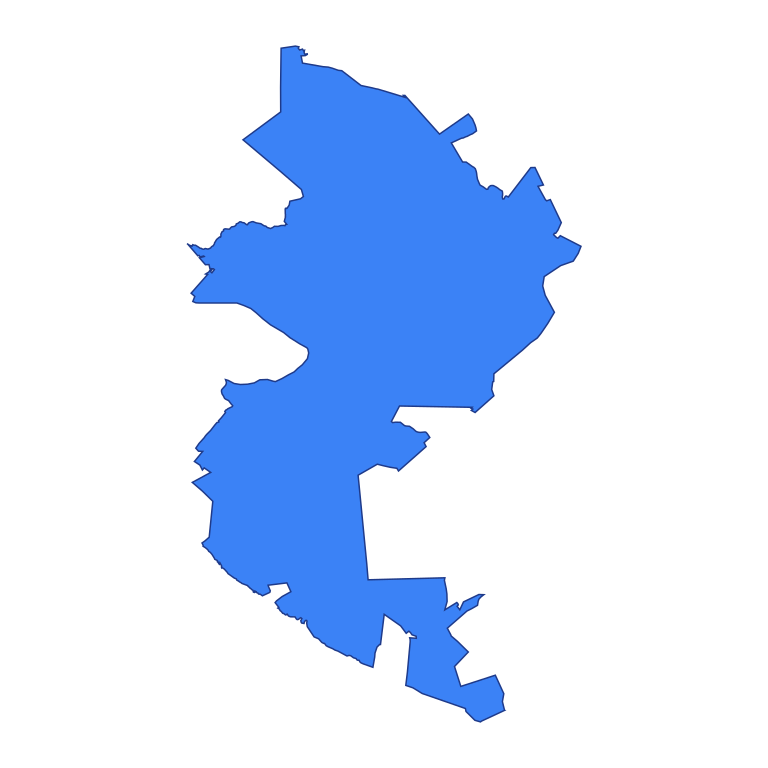 outline of Tzimol, Chiapas, Mexico
{"feature_id": "50627088B1197816312521", "entity_name": "Tzimol", "entity_type": "district", "adm_level": 2, "iso_a3": "MEX", "parent_name": "Mexico", "parent_adm1": "Chiapas", "projection": "albers", "projection_center": [-92.266, 16.109], "detail": "fine", "context": "isolated", "style": "filled", "palette": "blue", "viewbox_px": 768, "rotation_deg": 0, "n_neighbors": 0, "source": "geoboundaries", "source_scale": "gbopen_adm2", "svg_char_len": 6103}
<svg xmlns="http://www.w3.org/2000/svg" viewBox="0 0 768 768"><path d="M446.2,588.8L444.4,580.3L444.9,577.8L368.1,579.8L366.8,564.3L358.1,475.2L377.3,464.2L383.2,465.7L390.3,467.3L396.9,468.3L398.5,471.0L426.1,446.6L424.1,442.7L429.8,437.5L427.3,433.7L426.0,432.3L425.1,432.0L420.5,432.4L418.8,432.3L417.2,431.9L415.9,431.3L413.2,428.8L409.5,426.3L405.8,426.0L404.5,425.6L400.4,422.3L395.5,422.2L392.6,422.6L391.4,421.5L399.5,406.0L472.0,407.3L471.0,408.2L472.8,409.1L471.3,410.4L475.1,412.5L493.9,395.8L491.7,389.5L492.7,381.9L493.7,381.5L493.9,373.8L522.5,350.1L530.6,342.7L537.3,338.0L541.1,333.2L547.8,323.4L554.4,312.3L545.2,295.3L542.7,286.0L544.2,276.6L560.7,265.6L573.3,261.1L578.2,253.4L581.0,246.3L560.3,235.7L558.0,238.1L557.5,238.1L556.4,237.4L553.6,234.7L554.4,233.3L555.7,233.3L557.9,230.2L561.3,222.6L550.3,199.6L546.7,200.8L545.4,199.7L538.0,186.3L543.4,185.0L535.0,167.5L530.8,167.6L508.3,197.0L506.6,196.1L505.9,196.0L505.2,196.5L504.0,198.9L502.8,199.0L502.4,197.9L502.3,196.3L502.6,195.4L502.6,193.1L502.3,191.1L499.7,189.6L498.0,188.2L496.0,186.9L493.4,185.6L492.0,185.5L490.5,185.7L489.0,186.9L488.3,187.8L487.8,189.2L486.5,189.3L483.1,186.8L480.2,185.2L479.5,184.0L477.5,179.3L476.9,175.9L476.6,173.2L476.2,171.3L475.3,168.7L473.7,167.2L472.6,166.7L466.2,162.1L462.6,162.0L451.3,142.9L461.5,138.2L463.2,138.0L465.9,136.7L466.9,136.5L470.5,134.6L472.5,133.8L476.5,130.9L475.9,127.8L475.1,125.1L472.5,119.0L468.3,114.0L439.5,134.1L404.9,95.4L403.4,95.4L404.9,97.3L377.8,89.1L376.3,88.9L371.9,87.8L361.0,85.5L341.8,70.7L338.3,70.3L332.3,68.2L328.2,67.1L323.1,66.7L302.5,63.1L301.1,55.9L305.3,55.6L307.3,54.4L307.2,53.8L305.0,54.2L304.6,53.9L304.1,52.4L304.5,50.3L303.5,50.7L302.5,49.1L299.7,50.0L298.3,48.3L298.9,46.8L295.4,46.1L281.1,48.2L280.6,87.4L280.7,111.9L243.0,139.8L279.6,170.7L301.4,189.5L303.4,196.5L300.5,198.8L289.9,201.2L289.2,205.0L289.0,205.4L287.0,208.3L286.6,208.5L286.3,208.2L285.5,208.3L285.2,209.1L285.3,214.2L285.5,214.6L285.3,216.4L285.5,216.8L284.3,221.4L286.7,224.3L285.7,224.5L284.9,225.7L284.4,225.4L281.0,225.5L278.1,226.4L274.4,226.3L272.8,227.5L270.6,228.5L267.3,227.5L265.8,226.1L264.4,225.9L263.3,225.3L260.9,223.7L256.3,222.9L253.0,221.6L251.5,221.8L248.9,222.8L248.1,223.6L247.5,224.7L246.5,224.6L244.1,222.8L242.2,222.5L241.1,221.9L239.8,221.8L237.9,223.3L236.3,223.9L235.9,225.3L234.4,226.4L231.6,226.9L230.3,228.1L229.7,229.0L229.2,229.2L225.0,228.8L223.6,229.5L223.6,230.8L222.0,231.8L220.9,234.1L220.9,236.0L220.7,236.9L220.3,237.2L219.9,236.9L219.2,237.3L216.6,239.5L214.5,243.0L214.4,243.9L213.1,245.9L212.6,246.0L211.4,246.9L210.6,248.0L208.0,249.1L205.2,248.5L203.8,249.2L203.2,249.2L201.9,248.8L201.2,248.3L200.0,248.2L198.7,247.2L195.5,245.2L193.9,245.2L192.8,244.7L192.1,246.0L190.4,245.4L191.1,246.1L190.8,246.1L187.0,243.6L187.8,244.2L197.8,255.8L199.1,255.4L200.1,256.9L203.7,256.0L204.2,256.5L199.4,257.8L205.4,264.7L209.0,264.6L209.9,268.6L213.5,268.8L214.4,269.6L211.9,272.8L210.4,271.5L212.3,269.1L210.7,269.2L208.7,272.1L205.6,274.0L207.6,274.5L191.1,293.2L194.8,296.4L192.8,301.5L195.8,302.8L199.3,303.0L236.9,303.0L243.9,305.5L250.8,308.5L256.2,312.8L262.7,318.7L270.6,324.9L283.6,332.5L290.0,337.7L300.0,344.0L306.8,347.7L307.8,349.0L308.7,353.0L307.4,358.7L302.3,364.8L297.8,368.4L294.0,372.0L288.5,374.8L281.9,378.6L275.4,381.6L273.2,381.2L267.4,379.5L259.8,379.8L254.3,382.9L247.5,384.2L240.3,384.5L234.1,383.5L228.2,380.4L225.5,379.6L226.4,382.2L226.2,383.9L225.6,385.3L221.9,389.4L221.5,390.2L221.5,391.7L222.1,394.0L223.3,395.8L224.6,398.4L225.7,399.2L228.6,400.6L231.1,403.9L232.7,405.7L232.3,406.6L227.9,408.7L226.7,409.7L225.9,410.0L224.8,411.4L225.5,412.6L221.3,417.8L218.5,420.8L218.9,421.9L218.1,422.3L216.9,422.6L215.0,424.8L210.6,430.5L206.6,434.5L205.2,436.2L204.3,437.6L199.0,443.5L195.8,448.2L198.5,451.2L202.7,451.4L194.4,461.5L199.9,465.1L202.4,470.0L204.2,467.9L210.7,472.4L192.3,482.4L202.5,491.2L212.8,501.3L209.2,537.2L204.7,541.1L202.0,543.0L203.2,545.3L203.0,546.2L205.4,547.7L207.2,549.2L208.2,550.3L208.7,551.3L210.3,552.4L212.0,554.4L214.3,558.1L214.8,559.3L217.3,560.5L217.5,560.9L217.3,561.4L217.5,562.0L218.4,562.2L218.5,563.1L219.4,564.4L219.7,564.2L220.0,563.0L221.6,565.9L221.7,566.3L221.4,566.9L221.7,567.9L222.0,567.7L222.5,567.9L224.1,568.9L227.3,572.4L228.0,573.6L234.3,578.1L236.1,578.8L236.5,579.2L236.7,580.0L237.5,580.6L238.0,580.7L239.4,581.8L241.2,582.8L241.8,583.4L247.7,585.6L248.1,586.4L249.8,587.7L250.0,588.2L251.4,589.1L252.0,589.8L253.0,590.3L253.4,592.1L254.5,592.5L255.0,592.3L255.0,591.7L254.5,591.0L254.8,590.9L255.1,591.5L256.3,591.7L256.7,592.6L258.2,593.3L258.5,594.0L260.4,594.3L262.4,595.8L269.8,592.4L270.3,590.8L268.5,586.6L268.1,585.2L286.9,582.9L290.9,591.7L282.2,596.5L276.5,600.9L275.1,602.6L278.8,607.3L277.8,608.1L279.3,609.0L280.1,610.6L281.2,611.4L282.7,613.3L283.7,613.5L285.2,614.7L285.9,615.0L287.1,614.1L288.5,616.0L290.4,616.8L295.0,616.9L296.4,619.0L297.0,619.5L297.7,619.6L298.6,619.3L299.5,618.5L300.8,617.7L301.9,618.6L300.8,620.7L301.2,622.3L301.6,623.0L304.0,623.5L304.6,621.4L306.0,620.3L306.7,620.5L307.0,621.2L306.7,623.2L307.3,626.7L314.1,636.9L318.6,638.8L321.8,642.4L323.7,643.4L324.5,643.4L326.2,645.7L328.2,646.8L332.7,648.7L335.0,650.1L337.7,651.0L339.8,652.1L346.8,655.9L347.3,655.9L349.1,655.4L350.7,655.7L353.5,657.8L356.0,658.5L357.1,660.0L357.7,660.2L359.1,660.3L359.9,661.9L360.9,662.8L363.3,663.9L372.9,667.3L374.7,657.1L375.0,653.1L377.0,647.1L379.6,644.5L380.5,644.5L384.2,614.3L400.7,625.9L406.2,633.3L408.9,631.2L410.5,632.6L412.0,634.8L416.2,636.3L416.3,638.3L409.7,637.8L410.1,639.3L410.2,641.5L407.4,672.2L405.8,685.4L412.9,687.8L422.2,693.5L465.4,708.5L466.0,711.5L474.9,720.3L480.5,721.9L481.5,721.1L504.7,710.3L504.5,710.2L502.4,701.6L503.8,693.7L495.3,675.2L460.8,686.4L454.5,666.5L468.3,652.0L457.4,641.3L451.2,636.0L450.8,634.8L447.3,628.2L467.0,611.0L471.6,608.7L477.5,605.3L478.2,601.1L479.0,599.0L481.0,596.9L483.8,594.7L478.9,594.5L463.5,601.9L459.8,609.8L457.1,606.3L458.3,604.9L457.9,603.7L456.8,602.5L444.8,609.9L447.1,601.5L446.9,594.0L446.2,588.8Z" fill="#3b82f6" stroke="#1e3a8a" stroke-width="1.5"/></svg>